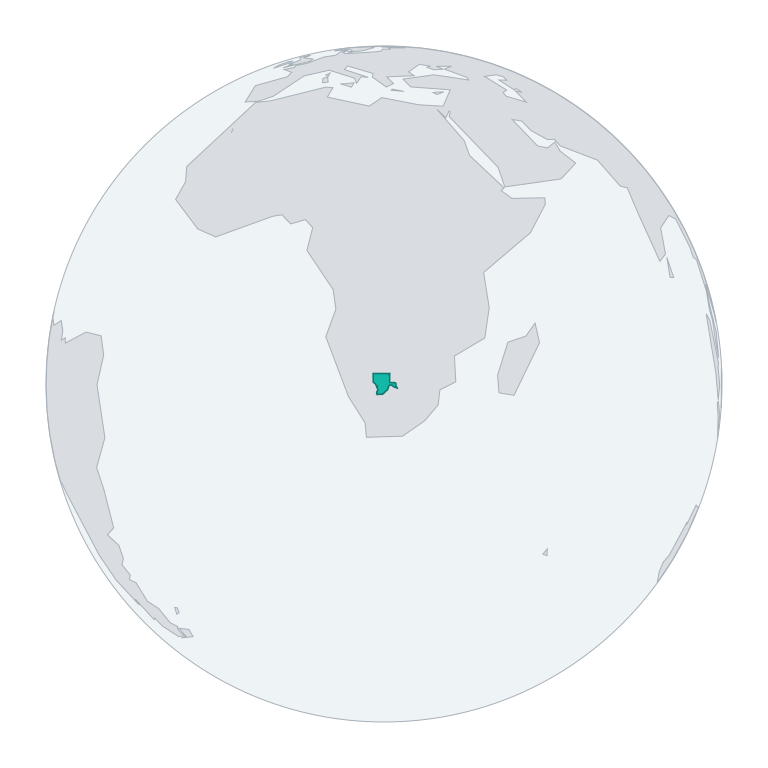 Kgalagadi highlighted on a globe, orthographic projection
{"feature_id": "BWA-2625", "entity_name": "Kgalagadi", "entity_type": "District", "adm_level": 1, "iso_a3": "BWA", "parent_name": "Botswana", "parent_adm1": "", "projection": "orthographic", "projection_center": [21.995, -25.1], "detail": "fine", "context": "on_globe", "style": "filled", "palette": "teal", "viewbox_px": 768, "rotation_deg": 0, "n_neighbors": 0, "source": "natural_earth", "source_scale": "10m", "svg_char_len": 6600}
<svg xmlns="http://www.w3.org/2000/svg" viewBox="0 0 768 768"><circle cx="384" cy="384" r="338" fill="#eef3f6" stroke="#a8b0b8"/><path d="M53.3,314.7L53.9,312.1L52.8,317.3L53.9,325.3L61.2,320.5L62.8,330.4L61.4,340.2L65.2,337.7L65.4,343.0L86.1,332.1L101.1,335.9L103.7,355.0L97.0,384.7L104.9,437.8L96.6,467.5L103.9,489.6L113.7,527.9L107.5,534.9L118.9,545.4L123.4,558.4L122.0,564.8L130.2,575.0L129.5,579.6L135.9,582.6L147.4,601.2L158.6,608.5L170.2,622.7L177.6,626.5L177.4,628.3L180.4,632.4L184.9,635.5L178.7,636.6L162.8,626.3L154.6,618.0L154.1,619.6L135.2,599.0L139.3,605.1L116.0,579.9L99.3,555.3L66.2,492.5L62.1,483.6L60.4,481.2L54.3,458.0L49.8,434.3L47.1,410.4L46.1,386.4L46.8,362.4L49.2,338.4L53.3,314.7ZM193.1,636.7L181.2,637.9L186.0,636.4L178.9,628.2L189.0,629.5L193.1,636.7ZM176.7,614.2L174.7,607.4L177.2,607.8L179.2,612.6L176.7,614.2ZM383.1,46.1L372.8,46.5L370.2,47.0L374.6,47.4L363.9,50.5L353.8,51.8L349.4,49.1L334.5,51.1L337.6,49.5L348.6,47.9L383.1,46.1ZM421.2,48.1L422.6,48.3L422.3,48.3L445.7,51.8L468.8,56.9L491.5,63.6L513.7,72.0L535.2,81.8L556.0,93.1L575.9,105.9L594.9,120.0L612.9,135.4L629.8,152.1L645.4,169.8L659.7,188.7L672.7,208.5L684.3,229.1L694.4,250.5L703.0,272.6L710.0,295.2L715.5,318.2L715.7,321.4L714.4,314.3L705.6,284.3L709.3,303.6L716.2,332.1L718.7,357.7L715.8,342.9L712.5,320.2L709.3,309.0L706.4,291.1L696.5,259.8L693.2,257.3L689.8,247.0L675.7,219.1L668.9,215.5L660.6,227.8L665.5,254.0L659.9,261.3L638.4,214.0L627.3,187.9L620.4,186.2L597.4,160.1L560.3,145.9L554.3,139.3L547.5,139.6L531.2,130.7L521.7,121.0L512.2,119.5L537.4,145.8L547.5,148.0L554.9,142.0L560.1,151.1L575.7,163.1L561.1,178.9L504.8,186.9L498.1,167.3L449.2,116.6L450.1,112.2L449.8,111.7L449.1,110.8L445.9,117.8L437.0,109.4L464.4,140.9L469.5,155.4L504.0,187.9L501.1,190.5L511.8,198.4L544.8,197.8L545.3,204.3L530.4,232.7L483.6,272.5L489.2,307.6L484.8,338.0L454.4,356.0L455.8,381.8L439.9,389.9L438.1,405.0L424.6,420.8L402.5,436.2L366.4,437.3L365.1,422.9L348.5,396.6L325.8,336.7L335.9,309.1L333.1,289.5L306.9,250.4L312.7,227.7L305.4,219.6L290.6,223.9L282.0,214.8L273.0,216.2L215.7,236.9L197.8,229.0L175.6,199.4L185.6,181.7L186.8,166.5L255.6,102.4L270.9,100.8L325.9,87.1L332.9,87.7L327.3,97.1L369.2,106.1L381.8,97.6L418.9,104.8L443.1,106.2L450.3,89.8L410.7,86.9L403.0,79.1L434.1,74.8L468.7,80.0L466.8,77.3L444.3,69.1L451.5,66.3L436.4,66.3L443.1,69.2L433.8,69.8L427.1,67.3L429.9,66.1L419.3,64.3L408.6,71.9L414.2,75.7L386.8,76.9L393.5,83.6L386.3,87.0L372.3,77.0L373.2,73.5L347.7,66.0L344.3,69.5L368.2,77.3L361.0,76.8L356.6,83.3L354.4,78.1L329.2,70.2L304.1,75.9L273.2,96.3L258.2,101.3L245.2,102.0L255.3,85.7L287.6,76.7L291.6,72.3L284.1,69.5L294.6,67.5L295.5,65.7L307.6,63.2L323.7,57.1L335.8,55.2L341.3,51.3L348.3,50.2L343.0,52.5L345.9,53.7L376.0,51.8L381.6,50.9L382.7,49.0L390.8,49.3L388.1,47.8L404.9,47.9L382.1,47.0L382.8,46.2L391.2,46.2L421.2,48.1ZM233.0,128.4L231.4,132.7L233.0,128.4ZM506.4,96.3L526.3,102.1L515.3,90.8L522.0,92.4L515.8,88.3L514.4,90.0L498.9,80.0L506.7,80.2L503.2,76.7L496.3,74.8L484.5,76.4L506.6,90.0L503.0,92.5L506.4,96.3ZM54.0,311.4L53.9,312.9L53.2,315.5L54.0,311.4ZM288.7,61.7L293.0,61.1L288.8,63.2L273.4,68.3L279.4,64.9L288.7,61.7ZM300.2,60.1L300.1,57.5L309.7,55.1L304.3,56.7L310.7,55.4L303.7,57.8L313.0,59.1L309.8,61.3L283.1,67.8L293.6,64.0L288.7,64.4L300.2,60.1ZM340.5,83.8L345.8,83.7L354.1,82.7L351.4,87.2L340.5,83.8ZM323.0,78.3L327.7,77.2L328.1,82.1L322.5,82.7L323.0,78.3ZM330.1,73.0L328.0,76.8L325.8,75.0L330.1,73.0ZM347.4,51.9L352.5,51.2L353.1,51.6L350.5,52.5L347.4,51.9ZM443.8,91.9L437.0,94.5L433.2,92.6L436.3,92.1L443.8,91.9ZM392.2,89.1L404.1,91.4L391.3,90.3L392.2,89.1ZM547.2,548.9L547.1,555.7L542.9,554.2L547.2,548.9ZM539.5,342.8L514.0,395.3L499.0,392.8L497.6,375.1L507.9,342.2L525.9,336.1L535.1,323.1L539.5,342.8ZM717.6,437.7L718.1,416.1L717.3,404.1L718.3,400.7L719.7,415.4L717.6,437.7ZM718.2,399.9L715.8,372.6L706.2,313.8L709.8,320.3L718.5,363.1L718.1,366.5L719.7,385.7L718.2,399.9ZM721.1,408.1L721.3,402.7L721.3,395.2L721.4,374.2L721.4,367.5L721.7,371.9L721.1,408.1ZM666.8,257.3L673.7,277.5L670.1,277.4L666.8,257.3ZM657.2,582.8L659.1,572.1L663.1,562.3L669.3,555.1L687.3,521.7L686.7,524.6L696.1,505.0L698.4,507.9L699.0,506.4L687.3,533.0L673.3,558.6L657.2,582.8Z" fill="#d9dde1" stroke="#a8b0b8" stroke-width="1"/><path d="M376.6,386.0L376.5,385.9L376.3,385.8L376.3,385.7L376.2,385.6L376.2,385.4L376.1,385.2L375.9,385.0L375.9,384.8L375.7,384.7L375.7,384.4L375.5,384.1L375.3,383.7L374.6,383.1L374.2,382.8L373.9,382.8L373.8,382.6L373.5,382.4L373.4,382.2L373.2,382.1L373.2,381.0L373.2,380.0L373.2,379.0L373.2,378.0L373.1,377.0L373.1,376.8L373.1,375.9L373.1,374.9L373.1,373.9L373.1,373.5L389.8,373.5L389.7,374.0L389.3,374.1L389.2,374.1L389.2,374.4L389.2,374.9L389.2,375.0L389.3,375.0L389.6,375.0L389.7,375.4L389.7,377.5L389.6,382.4L389.7,382.5L389.8,382.5L395.0,382.6L395.8,383.3L395.9,383.5L396.0,383.7L396.0,386.5L396.8,387.3L397.1,387.4L397.2,387.5L397.3,388.0L397.1,387.9L396.9,388.0L396.7,388.0L396.4,388.0L396.2,387.8L395.9,387.3L395.6,387.2L395.4,387.2L394.8,387.3L394.7,387.3L394.7,387.2L394.3,387.2L394.2,387.1L393.8,386.8L393.6,386.6L393.4,386.5L393.4,386.4L393.3,386.2L393.0,386.1L392.9,386.1L392.3,385.6L392.2,385.5L392.1,385.4L391.9,385.3L391.9,385.2L391.7,385.1L391.4,385.2L391.1,385.1L390.8,385.0L390.5,385.0L390.3,385.1L389.9,385.3L389.7,385.4L389.6,385.2L389.4,385.3L389.2,385.5L388.9,385.7L388.9,385.8L388.8,386.1L388.7,386.1L388.5,386.3L388.4,386.6L388.4,386.8L388.5,387.0L388.4,387.1L388.4,387.3L388.3,387.5L388.1,387.8L388.0,388.0L388.1,388.3L387.9,388.5L387.9,388.8L387.9,389.0L387.8,389.3L387.7,389.3L387.5,389.5L387.3,390.0L387.2,390.1L387.0,390.4L386.9,390.5L386.6,390.5L386.4,390.5L386.1,390.9L385.8,391.2L385.7,391.2L385.6,391.3L385.4,391.3L385.3,391.5L385.1,391.7L385.0,391.9L384.8,392.4L384.6,392.7L384.3,392.9L384.0,393.1L383.7,393.2L383.2,393.2L383.0,393.3L382.9,393.3L382.8,393.5L382.9,393.8L382.8,394.1L382.7,394.1L382.4,394.4L382.1,394.4L381.8,394.3L381.4,394.3L381.1,394.2L380.8,394.2L380.3,394.3L380.1,394.3L379.6,394.4L379.4,394.4L378.7,394.3L378.5,394.1L378.3,394.0L378.0,394.1L377.8,394.2L377.6,394.3L377.3,394.5L377.2,394.6L377.1,394.4L376.9,394.2L376.7,393.8L376.7,393.6L376.7,393.4L376.8,393.0L376.8,392.9L376.7,392.6L376.6,392.4L376.7,391.9L376.8,391.9L376.9,391.7L377.0,391.7L377.1,391.4L377.4,391.0L377.6,390.8L377.6,390.5L377.9,390.2L377.7,389.8L377.7,389.6L377.7,389.2L377.6,388.7L377.5,388.4L377.4,388.3L377.3,388.2L377.2,387.8L377.2,387.7L376.9,387.5L376.9,387.4L377.0,387.3L377.0,387.2L376.9,387.2L377.0,386.9L376.9,386.8L376.7,386.6L376.7,386.4L376.9,386.2L376.7,386.2L376.6,386.0Z" fill="#14b8a6" stroke="#0f766e" stroke-width="1.5"/></svg>